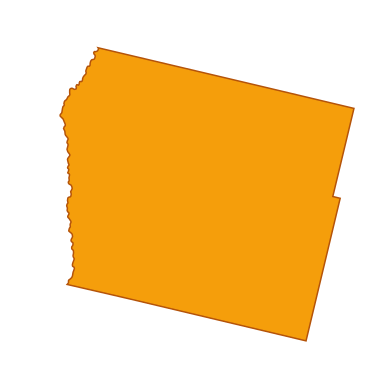 Pembina, North Dakota, United States of America (Albers equal-area conic projection), rotated 193°
{"feature_id": "52423323B24684286646871", "entity_name": "Pembina", "entity_type": "district", "adm_level": 2, "iso_a3": "USA", "parent_name": "United States of America", "parent_adm1": "North Dakota", "projection": "albers", "projection_center": [-97.186, 48.772], "detail": "fine", "context": "isolated", "style": "filled", "palette": "amber", "viewbox_px": 384, "rotation_deg": 193, "n_neighbors": 0, "source": "geoboundaries", "source_scale": "gbopen_adm2", "svg_char_len": 2487}
<svg xmlns="http://www.w3.org/2000/svg" viewBox="0 0 384 384"><g transform="rotate(193 192 192)"><path d="M53.0,309.9L142.5,310.5L316.0,311.4L315.3,310.7L315.5,309.2L315.7,308.5L316.1,307.9L317.8,306.9L318.6,306.9L319.0,306.3L319.1,305.5L318.5,304.4L317.6,303.8L317.0,303.0L316.8,302.3L316.9,300.2L317.3,299.3L319.3,298.4L320.0,297.2L320.2,296.1L320.2,294.5L320.0,293.6L319.9,292.2L320.4,291.4L321.6,291.2L322.0,290.7L322.3,290.0L322.7,286.4L322.5,285.4L321.9,284.4L322.0,283.1L322.3,282.4L323.0,281.6L323.9,279.4L324.1,277.8L323.9,276.8L324.1,275.2L324.6,274.7L325.7,274.6L326.2,274.3L326.4,273.0L326.2,271.7L326.6,270.6L328.2,270.7L328.5,270.4L328.7,269.5L328.7,268.4L328.1,267.6L328.1,266.5L328.3,266.2L329.8,265.5L331.8,266.1L333.0,265.9L333.7,265.3L334.1,264.6L334.1,263.7L333.6,261.4L332.9,259.3L333.1,258.5L334.3,256.8L334.9,254.3L335.4,253.4L336.3,252.4L336.7,251.2L336.7,249.4L336.0,248.0L336.4,246.9L336.9,246.3L337.0,244.6L336.7,240.3L336.9,239.4L337.7,238.0L337.8,237.4L337.7,236.8L337.4,236.2L334.0,234.1L330.7,229.4L330.4,228.0L331.1,227.1L331.4,224.9L329.6,222.7L328.6,219.8L327.9,218.8L325.2,216.7L324.7,216.0L324.6,215.3L324.9,214.3L325.0,212.4L324.8,211.8L323.6,210.7L323.3,209.9L323.4,205.5L322.1,203.3L319.8,201.3L319.4,200.8L319.3,199.9L320.6,196.7L320.6,195.5L318.9,192.1L318.5,191.7L318.1,191.1L318.0,190.6L318.1,189.9L318.5,189.4L318.7,187.7L318.4,187.2L317.4,186.6L317.1,186.1L317.1,184.2L317.4,183.0L317.0,182.4L315.9,182.1L315.3,181.5L315.1,180.4L315.1,178.1L314.3,175.9L314.3,175.1L314.7,174.2L314.7,173.6L314.4,172.9L313.5,172.1L311.6,171.6L310.5,170.5L310.0,169.6L309.5,168.3L310.3,165.0L309.2,162.8L309.1,160.9L309.4,160.0L311.0,159.1L311.5,158.5L311.6,158.0L311.4,155.7L310.5,153.7L310.5,153.1L311.0,152.0L311.0,150.3L309.8,148.4L309.5,145.9L308.7,144.8L307.6,144.2L307.1,143.6L307.0,142.8L307.6,140.4L307.4,139.7L306.9,139.2L305.9,138.6L303.4,136.2L303.1,135.2L303.4,133.8L303.4,132.8L302.7,130.6L303.3,129.1L303.4,126.8L303.1,126.1L300.1,124.6L299.1,123.7L298.4,121.8L298.4,120.9L299.0,118.7L298.9,117.3L298.3,116.6L296.6,115.7L296.2,114.5L296.2,113.1L296.8,111.6L296.7,110.5L296.3,109.5L294.4,108.3L293.7,105.9L293.6,103.4L293.2,102.2L291.8,100.6L291.7,99.8L292.2,95.8L292.2,94.4L292.0,93.6L291.6,92.8L289.9,92.1L289.5,91.4L289.4,90.4L289.8,87.0L289.6,83.1L290.0,81.5L291.1,79.8L292.2,78.6L292.4,77.6L292.0,76.2L292.0,75.6L292.9,73.8L230.5,73.8L47.4,72.6L46.2,219.2L53.8,219.3L53.0,309.9Z" fill="#f59e0b" stroke="#b45309" stroke-width="1.5"/></g></svg>